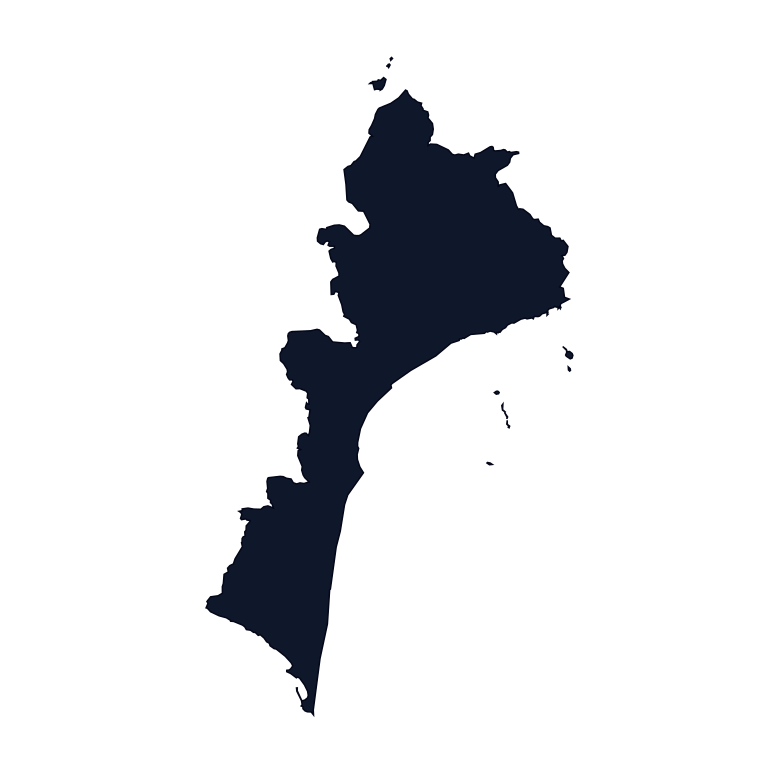 outline of Bangka Tengah, Bangka-Belitung, Indonesia, rotated 86°
{"feature_id": "22746128B66707258567489", "entity_name": "Bangka Tengah", "entity_type": "district", "adm_level": 2, "iso_a3": "IDN", "parent_name": "Indonesia", "parent_adm1": "Bangka-Belitung", "projection": "robinson", "projection_center": [106.262, -2.433], "detail": "fine", "context": "isolated", "style": "filled", "palette": "ink", "viewbox_px": 768, "rotation_deg": 86, "n_neighbors": 0, "source": "geoboundaries", "source_scale": "gbopen_adm2", "svg_char_len": 6145}
<svg xmlns="http://www.w3.org/2000/svg" viewBox="0 0 768 768"><g transform="rotate(86 384 384)"><path d="M92.3,342.0L99.6,349.3L104.5,357.6L108.4,369.4L109.6,370.8L114.4,373.7L118.7,374.9L125.2,378.3L129.2,381.0L132.7,381.5L136.0,378.2L136.6,380.6L155.5,391.8L159.5,396.4L160.1,398.4L163.8,401.7L164.5,404.8L167.3,408.9L182.1,408.0L197.8,408.1L199.8,406.6L201.6,403.0L209.5,397.5L210.2,392.3L223.7,386.7L227.4,387.4L233.5,396.5L234.2,398.5L234.1,401.1L233.5,403.9L223.8,412.5L222.2,417.5L222.2,422.6L224.0,430.1L224.9,429.8L225.6,431.3L224.7,435.3L225.2,437.4L233.5,440.3L236.9,440.3L239.6,437.5L240.6,434.8L238.1,432.7L237.3,430.6L238.4,428.5L241.6,430.1L242.7,428.7L243.1,423.8L245.3,424.2L246.0,427.3L247.6,429.5L255.2,428.3L258.7,426.6L258.2,425.3L259.3,423.1L263.0,423.6L270.1,421.2L273.2,421.3L276.1,427.9L278.5,429.9L291.0,430.4L290.9,427.8L288.2,426.1L289.6,422.5L292.4,423.4L301.9,420.6L309.1,419.7L311.7,418.5L313.6,419.4L316.9,414.0L320.4,412.2L322.9,407.6L328.5,406.7L330.8,407.6L331.8,405.8L333.1,405.5L334.9,405.8L336.4,409.6L338.2,409.5L338.2,406.3L339.9,405.3L343.1,408.2L345.3,408.4L346.0,409.8L345.4,413.1L340.5,414.9L340.4,420.4L338.5,432.3L332.8,436.2L331.4,439.4L325.6,444.6L324.8,447.0L325.8,453.6L325.3,472.2L325.9,474.6L327.1,475.9L329.3,476.6L334.0,476.3L336.4,477.3L340.9,480.3L341.9,483.4L343.3,483.5L346.7,485.6L353.4,485.7L356.6,482.7L362.5,479.6L365.1,479.3L367.7,480.5L371.1,479.3L373.3,477.9L373.4,475.2L375.0,474.5L378.0,476.3L382.6,472.1L382.7,468.3L385.6,462.2L387.8,460.7L392.4,461.6L393.7,460.1L398.9,460.3L398.7,461.6L397.4,462.6L401.9,464.0L403.4,463.4L404.6,459.6L411.9,461.2L412.3,462.2L420.1,460.4L427.2,461.7L430.3,463.1L427.7,465.1L427.5,466.7L428.4,469.5L430.7,472.8L437.8,474.2L440.3,473.7L441.9,474.9L443.6,471.9L444.6,474.3L449.5,475.0L460.6,471.3L464.2,472.1L469.1,471.0L471.9,469.6L476.4,465.6L477.7,470.7L476.8,474.7L477.6,478.1L476.2,481.4L472.3,483.3L471.2,487.9L469.4,491.0L468.9,494.1L469.4,505.6L469.9,506.5L473.0,507.5L480.1,507.3L483.1,508.6L485.0,507.4L489.9,507.8L492.0,505.2L494.4,505.5L496.1,503.9L500.0,503.0L497.5,508.3L498.1,512.5L500.4,515.6L499.7,522.7L498.3,528.3L498.7,534.2L500.5,534.2L500.9,537.5L502.2,535.8L504.2,534.9L508.1,536.5L509.4,535.6L508.9,531.3L510.1,530.3L510.9,527.2L511.7,527.1L515.9,531.3L520.3,531.8L521.7,533.2L525.8,533.2L526.4,533.6L526.5,535.0L528.2,536.3L531.7,536.6L532.2,537.2L536.4,536.6L547.9,544.7L553.0,546.8L554.4,550.4L556.8,552.9L560.6,552.4L562.7,556.8L571.9,558.2L574.8,559.4L581.5,559.8L583.7,564.4L584.2,571.8L588.6,575.8L590.6,574.9L594.9,577.1L595.4,575.8L599.1,572.9L603.7,564.7L606.2,557.5L608.9,553.8L609.9,553.6L610.4,550.5L614.6,542.0L616.4,539.9L619.4,538.4L620.3,534.3L622.6,531.6L622.9,529.7L626.0,527.0L625.5,524.9L629.0,521.4L632.9,519.1L634.6,516.5L637.2,515.9L640.3,512.1L640.9,510.0L648.6,501.6L655.5,496.1L658.1,494.9L659.3,495.0L661.7,497.0L662.7,498.5L662.8,501.0L664.2,501.1L666.2,497.4L671.0,491.9L670.3,490.6L671.5,488.7L678.6,484.3L685.3,481.6L689.4,481.3L691.7,482.1L693.8,485.1L694.4,488.0L683.9,492.0L681.1,491.7L681.1,492.5L684.3,492.4L694.1,488.4L698.2,488.0L699.4,489.1L700.3,487.4L702.3,487.5L704.5,485.7L705.6,483.5L706.1,479.5L709.2,477.4L704.3,477.3L653.5,467.0L619.5,457.2L585.6,452.6L584.9,451.8L543.4,443.1L527.8,437.9L501.7,431.8L492.1,427.9L471.1,410.7L465.1,413.9L457.5,415.8L452.5,415.7L446.5,413.8L444.3,414.7L440.6,414.4L426.9,410.6L411.6,402.4L400.6,391.8L388.4,376.8L385.4,377.2L384.1,375.9L372.3,356.4L359.6,330.4L347.9,314.4L345.8,306.0L344.3,305.5L344.5,303.7L343.6,302.1L344.1,300.9L340.6,294.1L340.4,280.3L338.9,278.3L339.4,277.2L338.6,274.4L339.8,270.5L341.9,268.3L340.3,268.1L340.9,266.5L340.2,265.8L340.5,264.7L337.8,262.2L336.2,258.8L333.8,256.8L331.9,252.3L332.3,250.1L328.9,243.0L328.1,238.6L329.0,236.8L328.4,232.0L329.4,230.5L327.0,229.4L327.5,225.6L327.1,224.0L324.9,221.3L324.3,218.1L323.1,216.4L326.8,216.6L325.9,215.6L325.7,216.3L323.9,215.4L322.3,215.8L320.5,214.0L319.5,209.5L318.4,208.2L319.3,206.9L319.3,205.1L321.0,205.1L319.8,204.1L321.0,203.0L319.5,203.0L320.8,202.0L318.2,202.8L316.2,202.1L312.2,193.2L310.1,197.9L301.1,198.5L299.4,202.0L285.7,191.8L281.3,195.5L276.7,197.5L273.5,197.7L271.4,196.2L268.3,197.6L268.1,194.5L265.3,192.3L259.6,190.9L253.2,195.2L253.8,197.1L250.8,198.4L250.5,203.1L247.3,206.6L239.9,207.5L238.4,209.7L237.3,213.6L233.4,217.6L230.3,218.7L230.5,222.5L229.6,224.1L225.1,226.6L219.4,233.1L218.7,236.5L219.3,237.7L215.4,239.5L202.3,242.4L192.5,248.7L193.7,255.8L194.7,255.7L194.8,256.3L190.4,256.0L186.0,258.5L182.5,258.4L179.0,255.3L174.4,245.7L171.5,243.2L167.6,242.2L164.3,239.2L163.4,233.6L162.1,233.6L161.5,235.6L161.9,241.4L160.9,242.7L161.3,244.8L158.9,246.9L158.5,248.4L159.2,251.2L159.3,257.0L158.5,258.4L155.5,258.6L154.6,259.7L154.8,261.6L159.9,271.5L161.1,277.0L165.0,278.4L162.3,282.6L159.6,283.6L161.1,288.4L159.9,293.9L160.6,297.3L159.7,299.8L155.0,303.5L148.7,314.6L147.9,320.9L149.3,323.5L145.9,323.0L144.4,321.0L140.9,320.8L138.5,318.3L133.2,317.1L127.5,317.5L121.7,321.6L118.9,320.8L115.6,321.4L113.7,325.9L112.2,325.9L108.9,327.7L106.5,326.9L105.1,330.9L102.1,334.1L101.7,335.7L96.5,339.5L93.2,340.5L92.3,342.0ZM86.2,362.9L80.3,360.8L78.3,363.0L80.9,366.2L80.2,368.5L81.5,369.3L81.5,374.5L82.5,374.8L82.5,376.3L83.3,377.3L83.4,374.1L89.7,372.9L89.3,370.6L89.9,367.1L90.6,367.2L89.6,365.2L86.2,362.9ZM371.3,194.6L368.6,193.6L366.7,194.2L364.5,196.6L364.6,199.0L362.2,199.7L359.1,203.1L363.1,199.6L365.2,199.5L367.8,200.8L369.0,200.2L371.9,196.5L371.3,194.6ZM400.3,274.5L402.0,272.7L401.7,270.4L400.4,269.7L399.1,271.0L399.1,272.5L400.3,274.5ZM470.0,286.8L471.9,284.4L471.8,281.6L470.2,283.6L469.5,286.3L470.0,286.8ZM383.4,197.0L381.7,197.2L379.8,199.0L382.9,199.0L384.1,197.9L383.4,197.0ZM68.7,357.3L66.2,355.7L65.2,356.4L65.6,357.7L66.7,357.8L67.1,359.6L67.2,358.2L68.7,357.3ZM418.3,267.6L420.9,264.5L417.8,267.5L412.3,266.8L413.7,268.0L418.3,267.6ZM436.4,262.3L434.8,261.6L432.9,263.8L428.8,263.6L432.6,264.3L434.7,262.5L435.8,263.1L436.4,262.3ZM427.4,263.9L425.5,263.0L420.7,265.8L425.7,263.6L427.4,263.9ZM61.6,354.7L59.9,352.8L58.8,353.7L59.9,355.1L61.6,354.7Z" fill="#0f172a" stroke="#020617" stroke-width="1.5"/></g></svg>